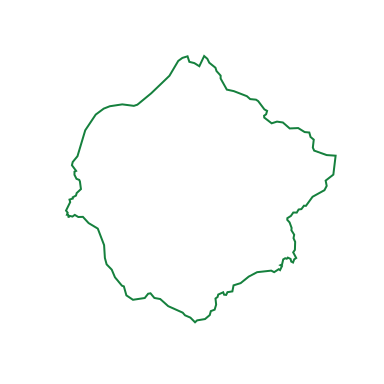 Phnum Sruoch, Kâmpóng Spœ, Cambodia (Albers equal-area conic projection), rotated 121°
{"feature_id": "14789045B53817088331996", "entity_name": "Phnum Sruoch", "entity_type": "district", "adm_level": 2, "iso_a3": "KHM", "parent_name": "Cambodia", "parent_adm1": "Kâmpóng Spœ", "projection": "albers", "projection_center": [104.255, 11.311], "detail": "medium", "context": "isolated", "style": "outline", "palette": "green", "viewbox_px": 384, "rotation_deg": 121, "n_neighbors": 0, "source": "geoboundaries", "source_scale": "gbopen_adm2", "svg_char_len": 1887}
<svg xmlns="http://www.w3.org/2000/svg" viewBox="0 0 384 384"><g transform="rotate(121 192 192)"><path d="M314.8,187.1L307.2,177.9L301.8,177.2L300.2,175.4L302.2,169.7L300.1,164.1L302.1,153.6L300.2,137.8L301.3,134.5L300.5,128.7L302.1,122.3L299.4,121.5L294.2,115.4L288.4,113.4L284.4,114.5L281.2,112.0L276.1,113.3L271.2,117.0L268.8,116.0L266.4,116.7L261.9,113.6L263.5,111.6L262.6,109.7L259.6,110.0L256.4,106.2L250.6,108.3L245.1,103.4L235.3,99.8L227.2,94.9L218.6,83.6L218.4,80.3L213.5,77.9L213.6,76.3L209.2,76.7L209.2,78.5L207.7,77.5L202.8,79.1L200.8,78.0L200.4,76.4L198.9,76.1L198.6,73.1L200.5,71.1L200.4,69.1L197.1,69.7L194.9,68.7L191.6,74.2L188.6,74.0L181.6,77.9L179.3,81.2L176.0,82.4L173.6,87.1L171.5,88.1L167.8,92.7L166.8,96.0L165.3,96.8L161.6,94.9L157.4,94.6L155.7,91.6L152.1,91.6L150.3,89.4L146.1,89.0L145.2,87.2L134.0,86.2L122.2,79.4L117.4,79.7L113.4,83.3L104.3,79.8L86.9,87.6L91.0,95.6L93.6,108.6L91.7,111.3L84.4,114.6L83.8,118.7L80.6,122.1L82.6,126.3L82.5,133.9L87.2,141.0L85.6,149.9L87.9,155.4L92.1,159.1L91.0,168.4L89.5,169.5L87.2,168.5L83.8,169.4L83.9,172.5L80.0,182.1L79.9,184.7L82.4,190.0L81.6,194.3L84.0,208.1L86.3,214.9L80.0,225.9L77.5,227.4L75.7,233.3L73.4,235.9L72.3,243.8L69.9,247.5L69.2,251.6L80.4,250.5L80.3,256.4L81.8,261.3L78.0,265.7L82.0,269.3L86.7,271.3L104.0,271.2L128.4,277.8L145.3,283.8L148.1,286.2L152.8,296.9L160.8,306.6L166.0,310.6L175.2,314.4L194.1,315.3L220.3,308.6L227.7,309.7L230.9,308.7L233.6,302.2L235.1,303.2L237.8,301.6L240.2,297.8L239.7,294.9L240.7,293.5L246.7,288.7L252.3,290.3L254.8,289.6L258.0,291.5L259.0,290.8L261.6,293.1L263.4,291.2L272.8,290.4L273.8,287.9L275.9,287.5L275.4,286.5L277.5,284.5L275.7,285.1L274.6,281.8L272.0,280.7L272.0,276.6L269.5,272.7L271.9,264.6L271.9,253.9L282.8,240.0L293.4,232.7L298.0,227.9L299.9,220.8L304.8,214.1L308.4,203.8L308.0,201.8L314.4,195.0L314.8,187.1Z" fill="none" stroke="#15803d" stroke-width="2"/></g></svg>